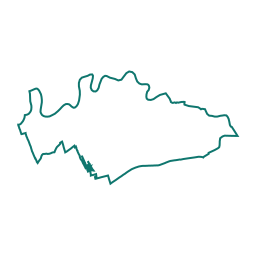 Letea Veche, Bacau, Romania (Robinson projection), rotated 273°
{"feature_id": "2599482B63347405976277", "entity_name": "Letea Veche", "entity_type": "district", "adm_level": 2, "iso_a3": "ROU", "parent_name": "Romania", "parent_adm1": "Bacau", "projection": "robinson", "projection_center": [26.956, 46.548], "detail": "fine", "context": "isolated", "style": "outline", "palette": "teal", "viewbox_px": 256, "rotation_deg": 273, "n_neighbors": 0, "source": "geoboundaries", "source_scale": "gbopen_adm2", "svg_char_len": 5478}
<svg xmlns="http://www.w3.org/2000/svg" viewBox="0 0 256 256"><g transform="rotate(273 128 128)"><path d="M135.5,24.3L133.6,24.2L132.2,23.9L130.1,23.1L129.1,22.6L127.8,21.6L127.0,21.1L126.3,20.4L125.8,19.5L125.6,18.9L125.6,18.2L125.3,18.2L124.8,18.4L124.3,18.6L123.0,19.2L122.3,19.4L121.7,19.6L121.1,20.0L120.7,20.2L119.9,20.5L118.5,21.0L117.0,21.6L116.3,21.9L116.3,22.1L116.4,22.4L116.8,23.5L117.6,25.9L116.9,25.9L116.7,26.1L116.4,26.4L115.9,26.5L114.9,26.8L113.9,27.2L113.4,27.6L111.6,28.3L110.5,29.0L109.0,29.7L105.7,31.1L104.4,31.8L102.8,32.3L101.2,32.9L99.7,33.4L98.5,34.1L96.3,35.1L92.7,36.9L92.8,37.1L89.6,38.8L89.4,38.7L88.3,39.6L89.8,40.4L93.1,42.5L93.6,42.6L95.3,43.0L96.5,43.5L97.5,44.4L97.7,45.2L97.8,46.6L98.1,47.7L97.9,49.0L98.1,50.6L98.7,52.2L99.3,53.2L99.7,54.3L99.8,54.7L99.9,55.5L99.9,55.8L100.1,55.9L100.8,56.1L102.2,56.6L103.4,57.1L104.5,57.6L105.2,58.0L106.1,58.8L107.2,59.9L108.1,60.7L108.8,61.2L109.7,61.0L109.8,61.1L110.1,61.7L110.9,62.7L111.0,62.9L107.7,64.1L105.7,64.7L104.0,65.3L102.1,66.0L101.1,66.4L100.4,66.6L101.2,67.9L101.6,68.4L102.5,69.5L103.3,70.5L104.3,71.8L105.5,73.1L105.9,73.5L106.5,74.2L106.9,74.7L107.4,75.3L107.0,75.4L105.9,75.9L106.8,76.9L105.9,77.3L105.8,77.1L104.9,77.5L104.2,77.8L103.5,78.1L102.8,78.6L102.7,78.5L101.9,78.9L100.8,79.4L100.7,79.5L100.3,79.7L99.4,80.2L99.2,80.3L98.8,80.6L98.7,80.7L98.1,81.0L97.8,81.2L97.6,81.3L96.9,81.3L96.6,81.4L96.3,81.5L95.6,81.8L95.0,82.1L94.6,82.3L94.1,82.6L93.8,82.9L93.3,83.4L92.9,83.6L92.3,84.2L91.7,84.4L91.0,84.8L90.9,84.7L90.4,85.0L90.1,85.1L90.0,85.3L89.7,85.5L89.3,85.8L89.2,85.8L88.8,86.0L88.7,86.1L88.3,86.3L87.9,86.5L87.1,87.0L86.8,87.2L86.5,87.3L86.0,87.6L85.6,87.8L85.8,88.1L86.0,88.0L86.4,88.6L87.6,88.1L89.0,87.6L91.0,86.8L91.3,86.6L92.4,86.0L93.3,85.5L93.9,85.2L94.4,85.0L95.4,84.4L95.9,84.2L97.2,83.5L98.0,83.2L97.4,83.5L97.1,83.7L97.0,83.8L96.5,84.0L95.4,84.6L94.0,85.3L93.4,85.6L93.1,85.8L92.9,85.9L92.0,86.3L91.5,86.6L91.1,86.9L88.8,87.8L88.2,88.1L88.6,89.1L89.0,90.1L89.4,91.1L89.6,91.5L89.4,91.5L88.8,90.0L88.5,89.1L88.2,88.4L88.1,88.1L86.5,88.7L86.3,88.8L86.6,89.4L86.7,89.7L86.9,90.0L87.9,92.5L87.6,92.3L86.6,89.8L86.2,88.9L85.2,89.2L84.8,89.4L84.4,89.5L84.7,90.2L84.9,90.8L85.5,92.0L85.8,92.9L86.2,93.7L85.7,93.0L85.2,91.8L84.5,90.1L84.3,89.6L82.4,90.3L82.7,90.9L83.1,91.8L83.3,92.1L83.8,93.4L84.4,94.7L84.5,94.8L85.2,94.4L86.1,93.8L86.2,93.7L87.8,92.7L88.2,92.4L89.6,91.5L90.3,91.0L91.7,90.1L92.4,89.8L92.8,89.5L92.4,89.9L91.9,90.2L91.7,90.3L90.3,91.2L90.1,91.4L87.4,93.1L86.8,93.5L86.7,93.5L84.9,94.7L84.7,94.8L84.4,95.2L84.2,95.4L84.1,95.5L83.7,95.8L83.7,95.5L84.1,95.3L84.3,94.9L83.5,93.0L83.2,92.4L83.1,92.5L80.5,93.1L79.8,93.3L78.6,93.4L78.7,93.6L79.1,95.0L79.4,96.0L79.6,96.8L79.8,97.0L80.0,97.7L80.3,98.5L77.8,99.0L77.6,98.4L77.3,97.6L75.6,98.1L75.8,98.9L76.1,99.7L76.6,101.4L77.3,103.4L78.1,106.0L78.8,108.3L79.5,110.5L77.9,111.1L75.8,111.8L71.5,113.4L72.9,115.1L74.3,117.0L75.4,118.5L78.1,121.9L79.6,124.0L81.1,125.8L82.2,127.4L83.4,128.8L84.9,130.8L86.0,132.4L86.6,133.2L87.3,134.3L87.9,135.6L88.5,136.8L89.0,137.9L89.5,139.3L90.0,140.5L90.4,141.9L90.8,143.8L91.0,145.2L91.1,147.2L91.3,149.4L91.5,150.9L91.7,154.2L91.9,155.8L92.0,157.0L92.1,158.0L92.2,159.5L92.3,160.2L92.5,161.0L92.9,162.0L93.5,163.4L94.3,165.3L95.0,166.9L95.5,167.8L96.2,169.4L96.8,170.7L97.1,171.5L97.3,172.0L97.5,173.0L98.1,175.8L98.4,177.6L98.9,179.9L99.2,181.2L99.2,182.3L99.9,184.9L101.0,190.3L101.7,193.9L102.1,196.0L102.6,198.3L102.9,199.6L103.0,200.3L103.0,201.4L103.0,202.3L102.9,203.5L102.7,204.3L102.5,204.7L103.3,205.3L106.4,209.9L107.4,209.8L110.4,215.5L112.3,218.6L113.0,219.5L113.7,220.1L115.7,220.4L119.6,220.3L122.6,220.6L124.5,222.8L125.4,224.9L125.6,232.5L125.8,237.8L128.8,235.7L131.9,233.5L134.5,231.6L134.8,230.6L136.4,229.6L139.7,228.8L142.4,228.0L144.5,226.8L145.7,225.6L145.8,223.5L145.4,221.7L145.0,219.5L144.1,216.7L143.9,214.1L144.5,211.2L144.6,208.4L146.2,206.3L149.2,204.7L150.8,203.9L151.0,201.9L151.0,200.8L150.5,199.9L151.6,198.4L152.4,196.9L153.1,187.6L153.8,185.0L154.3,183.2L155.0,183.0L156.9,183.2L157.0,182.9L157.0,182.1L156.9,181.2L156.8,180.1L156.6,179.3L156.3,178.2L155.9,176.8L156.0,176.4L156.1,175.7L156.0,175.2L155.5,174.6L155.9,173.7L156.0,173.3L155.4,171.4L155.6,170.6L156.2,169.5L157.2,169.2L158.5,168.5L159.1,168.3L159.6,168.0L164.6,163.9L162.7,158.2L160.4,154.8L158.2,152.0L157.2,149.3L157.3,146.6L158.3,145.2L160.0,144.7L162.5,144.7L165.3,145.3L166.9,146.6L169.3,147.2L171.0,146.8L172.2,146.0L172.7,144.8L172.6,142.4L172.3,139.4L173.0,137.0L174.9,134.8L178.0,133.3L181.8,131.9L184.0,129.4L184.5,126.2L182.7,123.5L178.6,120.7L175.9,118.9L175.0,115.8L176.3,112.4L177.3,107.4L178.8,104.0L178.9,102.4L177.8,100.7L175.7,99.1L169.9,97.2L166.6,96.6L164.0,95.3L162.8,93.8L162.8,91.6L164.0,89.8L166.3,88.7L168.7,88.7L172.8,89.6L175.8,90.2L178.3,90.3L179.6,89.5L179.4,87.3L178.0,85.0L176.9,81.9L175.9,79.3L173.7,77.4L170.4,76.6L167.0,76.8L162.6,77.9L158.7,78.2L152.9,77.7L149.2,76.7L147.0,75.4L145.6,73.8L145.4,72.5L146.5,70.5L147.9,68.9L148.6,67.8L148.8,66.1L148.6,64.6L147.3,62.6L145.5,60.9L143.4,59.2L141.1,57.1L138.4,54.2L136.7,51.3L135.5,49.1L135.1,46.9L135.1,44.9L135.5,43.1L136.5,41.5L137.9,40.5L139.4,39.8L141.7,39.8L145.4,40.2L149.1,40.6L151.5,40.5L154.6,40.0L157.1,39.3L159.3,38.1L160.8,37.2L162.1,35.9L162.6,34.9L162.4,33.6L161.6,31.9L160.2,29.2L159.6,27.6L157.0,28.3L149.5,29.0L145.4,30.3L143.6,30.5L141.2,30.4L140.1,30.1L139.0,29.6L137.3,28.4L136.8,27.9L136.0,26.4L135.5,24.3Z" fill="none" stroke="#0f766e" stroke-width="2"/></g></svg>